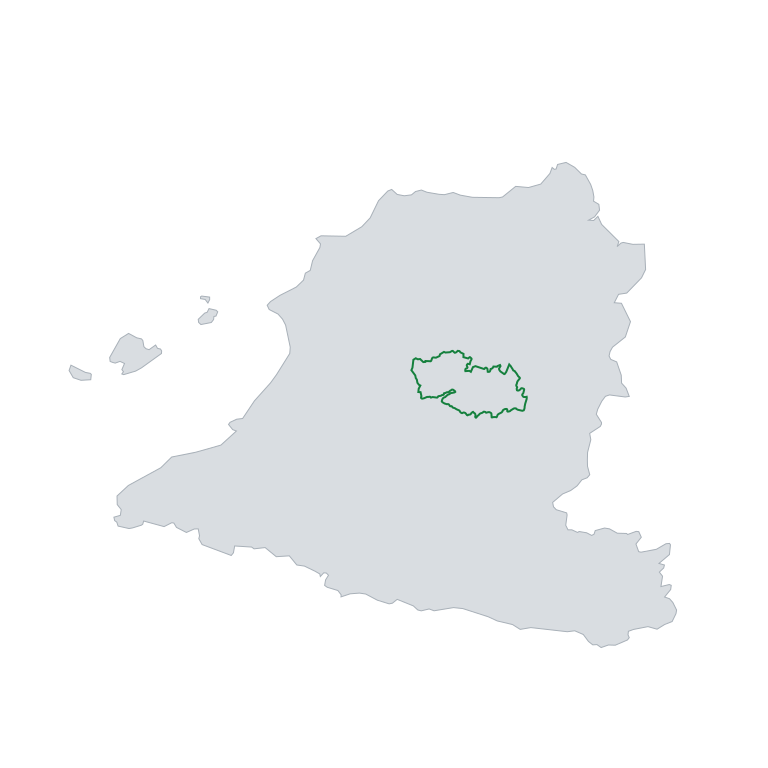 Toledo highlighted on a map of Spain, rotated 186°
{"feature_id": "ESP-5848", "entity_name": "Toledo", "entity_type": "Autonomous Community", "adm_level": 1, "iso_a3": "ESP", "parent_name": "Spain", "parent_adm1": "", "projection": "albers", "projection_center": [-4.343, 39.785], "detail": "fine", "context": "in_parent", "style": "outline", "palette": "green", "viewbox_px": 768, "rotation_deg": 186, "n_neighbors": 0, "source": "natural_earth", "source_scale": "10m", "svg_char_len": 8261}
<svg xmlns="http://www.w3.org/2000/svg" viewBox="0 0 768 768"><g transform="rotate(186 384 384)"><path d="M404.5,167.8L404.6,169.9L408.3,173.8L419.2,175.9L422.0,177.5L421.6,183.1L419.2,188.0L421.6,190.0L424.2,189.9L427.2,185.9L428.0,188.4L433.0,190.6L444.1,194.6L451.8,194.9L460.2,203.2L473.1,201.0L485.1,208.9L496.0,206.5L498.6,208.0L515.6,207.3L516.1,200.4L518.0,197.5L548.1,205.3L552.0,210.8L551.6,213.8L553.6,220.5L557.5,220.0L565.0,215.7L575.4,219.7L578.4,223.7L580.5,223.9L587.8,219.2L608.7,222.6L609.3,219.3L610.6,218.2L619.0,214.6L622.5,213.6L633.6,214.9L635.3,218.7L637.6,220.0L638.7,223.3L632.5,225.8L632.2,231.6L636.7,236.2L637.8,244.7L627.6,256.4L597.2,277.4L587.5,289.2L564.0,296.5L539.8,306.2L525.9,321.8L529.7,322.8L534.4,327.5L533.1,329.8L526.8,333.6L521.0,334.9L511.1,353.7L497.0,373.2L491.9,382.0L480.9,404.5L481.1,410.8L488.0,432.3L491.7,437.9L496.7,442.5L506.0,446.1L508.4,450.1L505.5,454.1L496.7,461.3L481.3,471.3L474.9,478.9L473.8,486.0L469.2,489.3L467.9,499.2L462.0,513.1L461.8,516.7L466.9,521.5L462.1,524.8L437.5,526.9L422.5,538.1L415.1,547.8L408.6,565.7L400.4,576.3L396.7,578.3L390.7,573.9L383.5,573.3L376.4,575.0L372.8,578.7L367.1,580.8L361.4,579.2L349.1,578.4L343.7,578.6L335.2,581.7L327.9,579.8L315.6,578.9L289.0,581.3L285.6,582.4L273.7,594.3L260.8,594.5L249.0,599.2L241.0,610.7L239.4,616.9L237.1,615.3L235.3,615.8L234.3,620.5L226.1,623.4L217.0,619.4L209.6,613.5L205.6,613.0L199.3,604.0L196.6,598.2L194.8,592.0L194.7,587.7L189.1,585.1L187.8,579.4L192.1,572.2L197.7,568.3L192.6,568.5L188.8,573.1L184.2,565.4L165.3,550.2L166.5,545.0L163.1,548.9L160.9,549.8L151.1,548.9L139.7,550.3L135.8,525.2L139.0,516.5L152.1,499.8L160.1,497.7L163.5,488.9L156.3,489.1L145.4,471.8L148.9,456.0L160.6,444.5L162.6,439.8L163.1,435.4L161.1,432.2L154.9,430.3L149.0,417.6L147.8,409.7L142.8,405.2L138.8,397.3L142.7,396.3L158.6,396.7L162.5,394.9L165.6,389.7L168.8,381.3L169.7,376.1L163.7,368.5L163.5,366.9L164.5,364.4L174.3,356.4L172.5,350.2L174.4,337.3L173.8,329.6L173.0,323.4L169.9,315.3L172.1,312.0L177.2,309.4L181.3,302.9L187.2,297.6L194.9,293.3L203.9,283.9L202.6,279.6L199.6,277.0L188.9,274.9L188.2,272.9L188.5,262.5L185.8,258.2L181.9,258.6L176.0,256.6L174.5,257.7L166.9,257.2L161.6,255.1L159.4,256.6L158.6,260.3L149.6,263.8L144.6,263.5L136.4,260.0L127.1,260.7L126.0,259.8L117.8,263.8L115.2,263.8L112.1,258.5L116.7,251.2L113.2,243.9L110.8,243.6L95.8,248.1L86.9,254.6L83.4,255.3L82.3,254.0L82.3,244.2L91.8,234.3L86.2,233.3L86.6,230.3L90.5,225.7L86.9,222.0L87.4,211.5L79.3,214.4L77.3,213.8L77.4,209.6L82.7,201.5L77.6,200.3L73.9,196.9L69.4,189.8L69.6,186.2L72.6,177.9L79.7,174.2L86.8,168.7L96.1,170.3L110.2,166.0L115.1,163.6L115.1,160.0L113.6,157.4L115.1,154.9L126.7,148.4L133.5,147.9L140.5,144.6L145.0,147.1L149.1,146.4L153.7,149.3L159.6,155.7L168.5,158.5L175.8,156.8L212.5,157.1L222.9,154.2L231.0,158.2L246.6,160.2L256.0,163.4L282.1,168.9L291.5,168.9L310.5,163.7L315.6,165.0L323.2,162.3L326.8,162.8L331.6,166.4L348.4,171.2L352.7,166.9L355.9,165.9L368.0,168.3L380.2,173.2L386.5,173.5L395.7,171.8L404.5,167.8ZM644.2,377.3L648.9,378.9L653.5,376.7L656.1,377.1L658.7,377.8L659.6,381.7L651.0,401.6L643.3,407.6L634.8,404.1L629.9,403.5L628.4,402.0L626.7,396.0L624.4,394.2L621.2,393.6L615.2,398.9L613.0,395.8L609.9,395.4L608.6,393.6L608.5,391.1L626.9,374.7L632.3,370.9L643.9,366.1L645.8,366.6L644.4,369.0L646.2,370.9L644.2,377.3ZM698.6,364.5L697.3,370.0L682.1,364.3L677.3,363.9L676.1,363.0L676.1,357.6L685.7,356.0L693.7,357.8L698.6,364.5ZM567.4,436.8L565.9,440.7L558.6,439.8L556.9,438.4L558.2,434.0L560.2,433.4L560.2,430.3L562.2,427.1L572.3,424.0L574.8,425.9L575.5,428.9L569.7,435.8L567.4,436.8ZM575.6,451.5L574.5,452.4L566.5,452.2L566.2,449.7L567.6,446.1L570.7,449.4L575.4,449.7L575.6,451.5Z" fill="#d9dde1" stroke="#a8b0b8" stroke-width="1"/><path d="M240.8,386.2L240.6,385.4L240.6,383.8L241.5,379.2L241.8,375.9L241.7,375.3L241.7,374.7L242.0,373.1L242.2,372.6L242.3,372.4L243.7,371.8L248.3,372.4L249.7,373.0L250.2,373.5L251.3,373.5L252.1,373.3L252.5,373.1L252.8,372.9L253.0,372.7L255.0,371.2L255.6,370.5L255.9,370.2L256.5,369.9L257.7,369.5L258.2,369.5L258.5,369.7L258.8,371.5L259.0,371.8L259.7,372.0L260.8,371.8L261.5,371.5L262.5,370.8L262.9,370.4L263.1,370.0L263.3,369.6L263.3,369.1L263.8,368.4L264.2,367.9L265.1,367.4L265.6,367.0L266.6,366.4L267.4,365.7L267.9,364.9L268.0,364.4L268.1,363.9L268.4,363.0L268.6,362.7L269.6,362.8L271.8,362.5L272.9,362.1L273.4,362.1L273.6,362.5L273.6,363.0L273.6,363.4L273.8,363.9L274.0,365.3L274.1,365.7L274.3,366.1L274.7,366.4L275.6,366.8L276.2,367.0L276.8,367.0L277.9,366.7L279.4,366.1L280.4,366.8L281.2,366.9L281.8,366.9L282.2,366.7L282.5,366.3L282.9,365.9L283.5,365.5L284.9,364.9L285.6,364.4L286.0,363.9L286.3,363.4L287.7,361.9L288.0,361.5L288.2,361.1L288.8,360.2L289.1,360.1L289.3,360.2L289.6,360.4L289.8,360.8L289.9,361.2L289.7,362.1L289.8,362.6L289.9,363.0L290.2,363.8L290.6,364.2L291.0,364.5L291.7,364.8L292.4,365.5L292.5,365.6L292.8,365.5L293.4,364.9L293.8,364.5L294.2,364.0L294.5,363.3L294.8,363.0L295.3,362.6L296.5,362.4L297.6,361.6L298.1,361.7L298.4,361.9L298.7,362.3L300.0,363.6L300.8,363.9L301.7,364.0L302.3,363.8L302.7,363.5L303.2,363.2L303.6,363.2L304.6,363.6L305.0,363.9L305.4,364.3L305.7,364.7L305.9,365.1L306.3,365.5L306.9,365.7L309.4,366.5L310.9,367.3L313.2,367.8L313.4,368.0L313.7,368.3L313.9,368.6L314.4,369.0L314.8,369.0L315.6,368.8L316.0,368.9L316.3,369.2L317.1,370.2L317.4,370.5L317.7,370.6L318.2,370.7L319.4,370.5L320.1,370.6L320.8,370.8L321.7,370.9L324.0,372.0L324.5,372.5L324.7,372.8L324.6,373.0L324.7,373.7L324.6,374.0L324.2,375.3L324.1,375.5L323.7,376.1L323.6,376.3L323.4,376.5L322.8,376.9L322.5,377.0L321.9,377.3L319.7,379.7L318.9,380.3L318.1,380.6L317.8,380.8L317.0,381.7L316.8,381.9L316.2,382.0L313.3,382.9L312.7,383.2L312.3,383.6L312.5,384.1L313.1,384.6L314.6,385.5L315.3,385.6L315.9,385.5L316.3,385.1L317.0,384.5L317.4,384.3L318.1,383.6L318.5,383.1L318.8,382.8L319.2,382.6L319.7,382.5L320.5,382.4L321.1,382.1L321.9,381.5L323.0,381.2L323.4,381.0L323.5,380.7L323.4,379.8L323.7,379.5L324.4,379.2L325.3,379.0L325.7,378.6L326.0,378.4L326.4,378.2L328.2,377.7L328.7,377.5L328.9,377.2L329.2,376.5L329.8,376.0L334.3,376.1L335.9,375.4L336.8,376.1L337.4,376.1L337.9,375.9L339.9,375.6L342.7,374.0L344.6,373.4L345.5,373.8L345.6,374.1L345.8,374.7L345.5,375.8L346.8,379.7L349.0,379.6L349.0,382.9L347.7,386.3L349.1,386.8L350.9,388.7L351.8,391.8L353.0,393.2L353.8,395.8L358.2,400.6L357.4,403.2L357.3,411.2L355.1,412.9L353.0,412.1L350.7,412.6L347.2,409.9L345.2,410.3L345.2,411.2L340.0,411.5L339.5,412.0L338.9,414.4L338.5,415.2L337.8,415.6L335.1,415.6L331.7,417.6L331.4,419.4L327.7,422.2L326.2,421.7L321.8,422.5L319.8,424.0L319.1,424.1L317.0,422.5L316.1,422.7L315.4,423.2L314.1,424.7L312.4,424.6L311.2,423.4L308.1,422.3L307.8,419.0L303.0,418.2L301.8,419.5L301.4,419.7L301.0,419.5L299.8,418.6L299.5,418.1L299.6,417.5L300.4,415.6L300.8,412.6L302.7,412.9L303.4,412.1L303.6,411.6L303.6,410.9L303.4,410.5L302.9,409.7L302.7,409.3L302.9,408.6L303.3,408.2L304.0,408.0L304.5,407.5L304.6,407.1L304.6,405.8L304.4,405.3L300.5,406.0L298.9,405.2L297.3,410.1L294.9,411.3L286.2,409.4L285.7,409.5L285.5,409.8L285.2,410.4L285.0,410.6L284.4,410.9L283.8,410.8L283.3,410.4L282.7,409.8L282.1,407.0L280.9,407.0L280.1,407.5L279.7,408.6L279.5,410.1L278.7,410.4L277.9,411.0L277.3,411.8L277.0,412.8L273.5,413.0L273.0,413.7L270.6,415.0L270.0,414.0L271.2,411.3L271.0,410.5L270.6,409.8L269.6,408.7L265.5,406.4L264.9,406.7L263.7,408.8L261.5,416.5L261.0,416.0L260.5,415.6L260.2,415.4L259.6,414.7L259.1,414.0L257.7,412.3L257.0,411.2L256.7,410.9L255.8,410.7L255.1,410.3L254.8,409.8L254.1,409.2L253.1,408.1L251.4,405.8L251.0,405.5L250.3,405.0L249.9,404.7L249.6,404.4L249.5,404.0L249.6,403.6L250.1,402.9L250.3,402.5L250.6,402.1L250.8,401.7L251.3,401.0L251.5,400.6L251.6,400.1L251.8,399.7L251.9,398.4L252.1,397.6L252.3,397.2L252.3,396.7L252.3,396.2L252.0,395.7L251.3,394.9L251.2,394.6L251.5,393.6L251.5,393.0L251.3,392.2L251.1,391.7L250.7,391.5L250.4,391.5L249.5,391.6L249.2,391.7L248.2,392.5L247.8,393.0L247.2,393.9L247.0,394.1L246.7,394.2L246.0,394.2L244.4,393.8L244.2,393.5L244.0,393.0L244.2,391.6L244.3,391.0L244.4,390.3L244.5,389.6L244.7,389.1L245.3,388.3L245.4,387.9L245.4,387.4L245.2,387.1L244.9,386.7L244.6,386.3L244.3,386.0L243.9,385.8L243.5,385.7L242.2,385.8L241.3,386.0L240.8,386.2Z" fill="none" stroke="#15803d" stroke-width="2"/></g></svg>